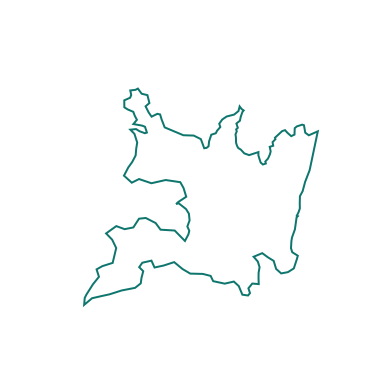 outline of Ishtikhan, Samarkand, Uzbekistan, rotated 251°
{"feature_id": "79887680B73801633322119", "entity_name": "Ishtikhan", "entity_type": "district", "adm_level": 2, "iso_a3": "UZB", "parent_name": "Uzbekistan", "parent_adm1": "Samarkand", "projection": "albers", "projection_center": [66.584, 40.003], "detail": "fine", "context": "isolated", "style": "outline", "palette": "teal", "viewbox_px": 384, "rotation_deg": 251, "n_neighbors": 0, "source": "geoboundaries", "source_scale": "gbopen_adm2", "svg_char_len": 2475}
<svg xmlns="http://www.w3.org/2000/svg" viewBox="0 0 384 384"><g transform="rotate(251 192 192)"><path d="M208.4,330.7L207.6,320.9L211.2,318.4L218.7,319.6L219.8,318.1L219.9,312.5L218.9,309.9L212.9,307.6L212.5,304.0L216.9,301.5L220.2,300.1L220.2,297.0L216.3,288.1L214.8,288.1L212.9,284.4L209.3,283.8L209.4,280.2L204.8,279.6L202.3,278.0L198.9,274.8L196.9,271.2L194.9,271.1L194.9,268.0L197.5,266.5L202.1,266.6L205.1,266.7L208.1,267.8L208.2,262.2L208.3,258.0L211.5,254.0L216.1,252.0L218.6,250.0L221.2,249.6L224.2,249.7L229.3,251.3L232.3,251.9L234.8,254.1L236.8,254.1L237.8,256.2L242.3,256.3L243.8,260.5L247.3,262.6L251.3,265.8L252.3,267.4L254.3,265.9L257.4,264.9L253.4,262.3L251.5,257.1L252.1,249.3L250.7,244.2L247.7,240.0L244.2,239.9L241.8,235.7L239.8,233.6L239.9,228.9L234.4,224.7L229.8,222.5L229.0,220.2L229.4,217.8L239.1,217.6L244.8,212.0L248.5,202.3L262.0,187.2L270.6,186.9L275.7,187.1L277.2,184.7L276.4,178.3L281.5,176.9L288.1,176.0L290.0,180.7L298.1,181.4L301.3,176.4L307.4,174.5L307.0,171.9L308.1,166.7L303.5,166.1L301.3,164.2L300.7,157.8L294.1,155.6L291.0,158.1L286.9,162.6L282.7,162.7L278.2,163.4L275.3,158.7L271.1,166.3L269.0,168.8L262.9,168.7L262.9,166.6L266.6,162.1L269.7,159.6L271.0,154.0L265.7,156.5L256.6,156.3L251.4,153.5L244.9,150.6L239.8,145.2L236.0,139.8L229.6,133.0L220.4,138.1L221.5,146.1L213.5,156.5L211.9,171.0L205.1,184.1L198.5,185.3L189.4,185.0L187.0,175.7L185.8,173.0L185.7,175.7L177.8,180.8L172.5,182.0L166.0,180.5L160.9,176.4L156.2,176.8L153.1,174.8L148.0,169.4L153.2,166.9L161.2,163.1L166.6,150.0L174.5,147.5L182.5,139.8L184.0,133.2L177.6,125.0L178.8,116.2L184.4,109.3L180.8,97.3L172.9,101.0L163.7,102.1L150.8,93.9L151.1,83.2L149.9,76.6L142.1,76.4L137.0,68.3L129.4,58.8L126.8,56.1L120.4,53.3L124.1,62.9L123.1,72.2L122.1,80.7L121.8,93.4L120.8,100.6L119.9,107.0L122.3,113.8L127.1,116.2L133.0,120.1L138.1,117.6L141.3,122.0L140.3,131.3L132.8,132.0L131.7,141.3L131.5,152.3L122.2,158.0L115.4,163.8L111.0,175.6L106.6,182.3L100.8,183.0L94.7,193.1L93.7,202.4L87.8,205.6L78.5,206.2L75.9,211.3L77.5,213.9L82.6,214.0L85.8,219.2L83.2,225.1L89.0,226.9L94.0,228.7L98.9,231.4L104.8,231.6L110.7,229.2L111.3,238.5L105.4,242.6L100.3,246.8L91.9,246.5L86.0,249.8L85.0,256.6L86.6,263.4L94.8,269.6L97.3,271.3L102.4,267.2L106.6,267.3L113.2,270.0L116.5,271.8L123.1,277.1L133.9,282.6L134.7,284.2L135.5,283.4L138.0,286.0L141.3,288.6L147.1,290.5L152.9,292.7L156.8,296.9L164.8,302.3L174.3,310.3L182.3,315.1L208.4,330.7Z" fill="none" stroke="#0f766e" stroke-width="2"/></g></svg>